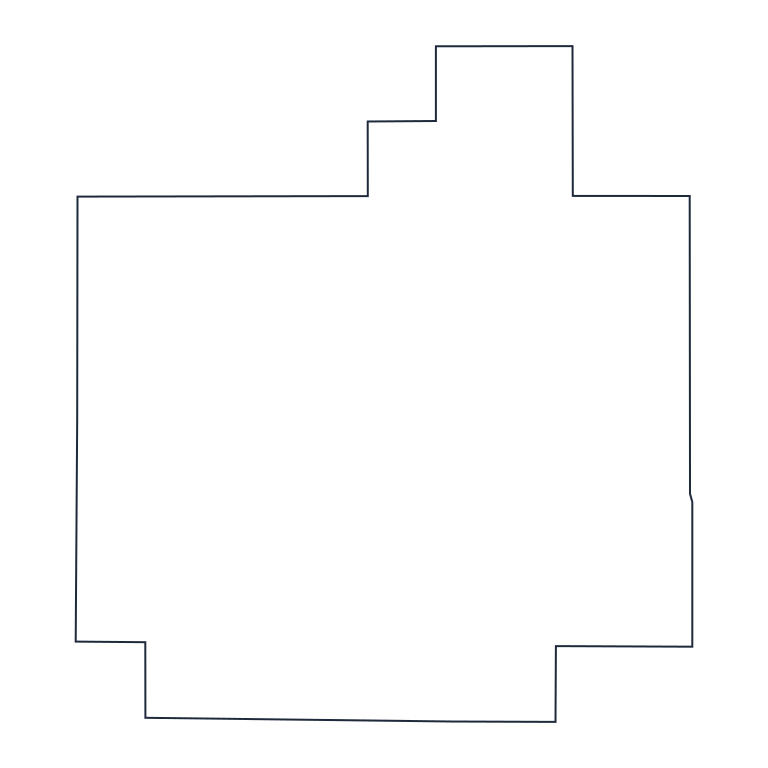 De Baca, New Mexico, United States of America (Equal Earth projection)
{"feature_id": "52423323B76308023983940", "entity_name": "De Baca", "entity_type": "district", "adm_level": 2, "iso_a3": "USA", "parent_name": "United States of America", "parent_adm1": "New Mexico", "projection": "equal_earth", "projection_center": [-104.389, 34.387], "detail": "fine", "context": "isolated", "style": "outline", "palette": "slate", "viewbox_px": 768, "rotation_deg": 0, "n_neighbors": 0, "source": "geoboundaries", "source_scale": "gbopen_adm2", "svg_char_len": 349}
<svg xmlns="http://www.w3.org/2000/svg" viewBox="0 0 768 768"><path d="M77.2,418.3L75.7,641.6L145.3,642.2L145.4,717.8L450.6,721.5L555.5,721.9L555.9,646.1L692.3,646.7L692.3,502.0L690.0,493.7L689.7,196.0L572.8,195.9L572.5,46.1L435.9,46.3L435.9,121.0L367.7,121.5L367.8,196.1L77.5,196.6L77.2,418.3Z" fill="none" stroke="#1e293b" stroke-width="2"/></svg>